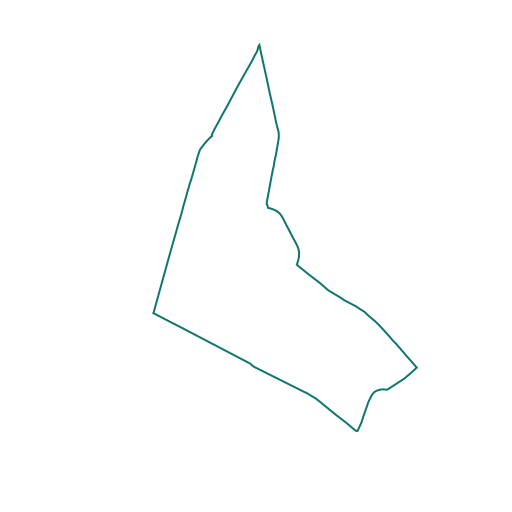 the district of Misr al-Gadida, Al Qahirah, Egypt, rotated 251°
{"feature_id": "37247803B70915432571750", "entity_name": "Misr al-Gadida", "entity_type": "district", "adm_level": 2, "iso_a3": "EGY", "parent_name": "Egypt", "parent_adm1": "Al Qahirah", "projection": "mercator", "projection_center": [31.323, 30.091], "detail": "fine", "context": "isolated", "style": "outline", "palette": "teal", "viewbox_px": 512, "rotation_deg": 251, "n_neighbors": 0, "source": "geoboundaries", "source_scale": "gbopen_adm2", "svg_char_len": 5565}
<svg xmlns="http://www.w3.org/2000/svg" viewBox="0 0 512 512"><g transform="rotate(251 256 256)"><path d="M234.6,141.1L226.6,148.7L225.1,150.1L210.2,164.4L208.0,166.5L205.2,169.1L204.9,169.4L204.7,169.6L159.4,212.4L155.7,215.8L154.5,216.3L153.9,216.7L153.4,217.0L151.9,218.0L111.5,257.6L111.2,257.9L111.0,258.2L109.5,259.7L104.5,263.8L101.8,266.2L101.4,266.4L101.1,266.6L100.8,266.8L100.7,266.8L100.4,267.0L99.9,267.4L99.6,267.6L99.2,267.8L98.8,268.1L98.2,268.4L97.7,268.8L97.1,269.2L96.6,269.5L96.0,269.9L95.5,270.2L95.3,270.3L94.9,270.5L94.3,270.8L93.8,271.1L93.3,271.5L92.7,271.8L92.2,272.1L91.9,272.3L91.5,272.5L91.4,272.6L91.2,272.8L90.8,273.0L90.4,273.3L89.9,273.6L89.5,273.8L89.1,274.1L88.6,274.4L88.3,274.6L88.1,274.7L88.0,274.8L87.7,274.9L87.4,275.1L87.2,275.2L86.7,275.6L86.2,275.9L85.7,276.2L85.1,276.5L84.8,276.7L84.5,276.9L84.2,277.1L83.8,277.4L83.5,277.6L83.2,277.8L82.7,278.1L82.3,278.3L82.1,278.4L81.6,278.7L81.2,278.9L81.1,279.1L80.6,279.3L76.1,282.3L68.0,287.6L60.4,292.1L58.2,293.6L58.0,293.9L57.8,294.2L57.8,294.5L57.8,294.9L57.6,295.1L59.0,296.5L60.7,298.1L63.9,301.2L69.6,305.5L77.7,311.9L81.1,314.5L81.6,315.0L82.2,315.5L84.1,317.5L86.0,319.4L86.3,319.7L86.6,320.1L86.9,320.5L87.2,320.8L87.5,321.3L87.7,321.7L88.4,322.8L88.6,323.2L88.7,323.5L88.9,323.8L88.9,324.2L89.0,324.5L89.1,324.9L89.2,325.3L89.2,325.7L89.3,326.2L89.3,326.6L89.3,327.1L89.3,327.5L89.3,328.1L89.3,328.6L89.3,329.0L89.3,329.4L89.2,329.7L89.2,330.1L89.0,331.1L88.8,331.8L88.6,332.3L88.4,333.0L88.3,333.3L88.1,333.8L87.7,334.5L87.5,335.1L87.3,335.4L87.2,335.8L87.1,336.1L87.1,336.5L87.0,336.8L87.0,337.2L87.1,337.5L87.1,337.9L87.3,338.2L91.8,356.3L92.0,356.7L92.1,357.1L92.3,357.5L92.4,357.9L94.8,363.9L97.5,370.2L97.8,370.9L97.9,371.2L98.1,371.7L106.7,368.2L108.6,367.4L110.6,366.6L112.6,365.7L114.6,364.9L117.1,364.0L119.5,363.0L121.9,362.1L124.2,361.1L126.1,360.4L127.9,359.7L129.6,358.8L131.3,358.0L133.2,357.2L135.2,356.5L137.1,355.7L139.0,354.9L139.7,354.6L140.4,354.3L142.2,353.5L145.0,352.3L150.4,349.9L155.1,347.6L159.6,344.9L162.6,343.2L164.4,342.1L165.1,341.8L165.5,341.6L167.3,340.8L171.7,337.3L174.6,335.1L177.3,332.8L180.1,330.1L185.4,325.1L188.7,322.7L190.6,321.1L191.7,320.2L192.4,319.6L192.5,319.5L193.0,319.1L194.7,317.6L196.5,316.2L198.2,314.7L200.0,313.2L200.5,312.9L201.1,312.5L209.4,307.8L217.1,302.7L222.4,299.2L234.4,291.7L234.9,292.1L235.2,292.3L235.4,292.5L235.6,292.6L235.9,292.8L236.3,293.1L236.7,293.4L237.0,293.6L237.3,293.8L237.6,294.1L238.0,294.3L238.3,294.5L238.7,294.8L239.0,295.0L239.3,295.2L239.6,295.4L240.0,295.6L240.3,295.8L240.7,296.0L241.0,296.2L241.4,296.4L241.8,296.6L242.1,296.7L242.4,296.8L242.8,297.0L243.2,297.1L243.6,297.3L244.0,297.4L244.4,297.6L244.8,297.7L245.2,297.8L245.6,297.9L246.0,298.0L246.4,298.1L246.8,298.1L247.1,298.2L247.5,298.2L247.9,298.3L248.2,298.3L248.6,298.4L248.9,298.4L249.3,298.4L249.8,298.4L250.2,298.4L250.6,298.4L250.9,298.4L251.3,298.4L251.8,298.3L252.2,298.3L252.7,298.2L253.2,298.2L253.7,298.1L254.2,298.0L254.6,298.0L254.8,297.9L255.2,297.9L255.5,297.8L255.9,297.8L256.3,297.7L256.7,297.6L256.9,297.6L257.2,297.6L257.6,297.5L257.9,297.5L258.1,297.4L258.5,297.4L259.0,297.3L259.4,297.2L259.9,297.1L260.0,297.1L260.4,297.1L260.8,297.0L261.2,296.9L261.5,296.9L262.1,296.8L262.3,296.8L262.7,296.7L263.4,296.6L263.8,296.5L264.2,296.5L264.8,296.4L265.0,296.4L265.4,296.3L265.8,296.2L266.7,296.1L267.1,296.1L267.6,296.0L267.9,295.9L268.5,295.8L268.9,295.8L269.4,295.7L270.0,295.6L270.3,295.6L270.5,295.5L271.2,295.5L271.8,295.4L272.1,295.3L273.0,295.2L273.4,295.1L273.8,295.1L274.6,294.9L275.4,294.8L276.1,294.7L276.3,294.7L276.8,294.6L277.4,294.5L278.0,294.4L278.5,294.4L279.1,294.3L279.5,294.2L280.1,294.1L280.6,294.1L281.1,294.0L281.5,293.9L282.0,293.9L282.5,293.8L282.9,293.7L283.3,293.7L283.7,293.6L283.9,293.6L284.1,293.5L284.4,293.5L285.0,293.3L285.5,293.2L285.9,293.1L286.3,293.0L286.7,292.9L287.1,292.7L287.5,292.6L287.9,292.5L288.2,292.3L288.5,292.2L288.8,292.0L289.1,291.9L289.4,291.7L289.8,291.5L290.1,291.3L290.5,291.0L291.0,290.7L291.5,290.3L291.8,290.1L292.0,289.9L292.3,289.7L292.5,289.5L292.8,289.2L293.0,289.0L293.2,288.8L293.7,288.3L293.9,288.1L294.3,287.6L294.7,287.1L295.1,286.6L295.4,286.2L295.8,285.7L296.1,285.3L296.4,284.8L296.7,284.5L296.9,284.2L297.1,283.9L297.2,283.7L297.3,283.6L297.5,283.3L297.7,283.0L299.2,283.2L300.2,283.3L300.9,283.2L301.0,283.1L301.6,283.0L302.0,283.1L305.3,284.8L305.7,285.0L306.1,285.3L310.0,287.4L311.5,288.3L313.0,289.2L313.2,289.4L313.5,289.5L316.2,291.0L325.5,296.2L334.0,301.2L335.8,302.4L336.4,302.7L337.0,303.0L337.6,303.3L338.2,303.6L338.8,303.9L339.8,304.4L345.1,307.7L354.3,312.8L356.1,313.7L359.3,315.5L362.2,316.7L365.8,317.7L376.0,318.5L379.5,319.0L379.9,319.1L380.0,319.1L394.9,320.9L406.2,322.1L420.6,323.9L433.6,325.4L444.8,326.7L453.5,327.8L454.4,327.9L454.2,327.6L453.6,326.8L452.3,325.8L451.9,325.5L451.4,325.2L451.2,325.1L450.9,324.9L450.4,324.6L450.0,324.3L449.5,323.9L448.9,323.4L446.3,320.4L440.2,314.0L433.3,306.1L429.8,302.2L425.3,297.1L419.9,291.2L415.5,286.5L410.1,280.7L405.9,276.2L401.7,271.4L398.1,267.5L394.8,264.0L389.6,258.2L387.5,256.1L386.2,254.8L384.9,253.6L384.4,253.6L383.8,253.6L382.8,250.9L381.0,247.4L378.8,243.6L377.3,241.4L375.8,239.1L374.6,237.6L373.1,236.3L370.1,234.0L367.8,232.3L364.5,230.2L361.2,227.9L354.8,223.4L350.4,220.3L348.7,219.1L348.1,218.6L347.6,218.2L346.8,217.5L343.2,215.0L337.8,211.2L332.8,207.8L328.2,204.5L325.0,202.4L320.9,199.7L309.6,191.6L303.9,187.7L286.0,175.2L235.9,140.8L235.5,140.4L235.3,140.3L235.1,140.6L234.6,141.1Z" fill="none" stroke="#0f766e" stroke-width="2"/></g></svg>